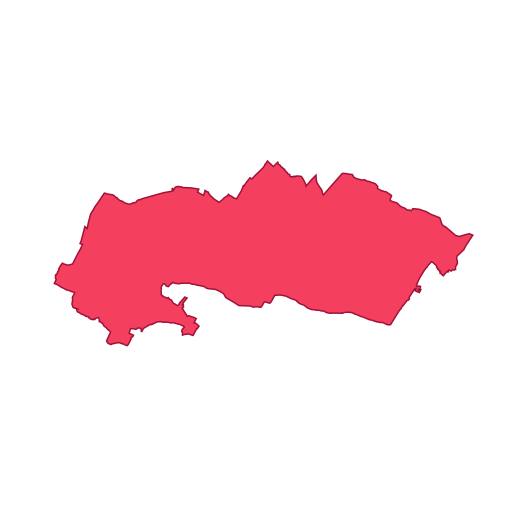 outline of Vultureni, Bacau, Romania, rotated 314°
{"feature_id": "2599482B57556224697015", "entity_name": "Vultureni", "entity_type": "district", "adm_level": 2, "iso_a3": "ROU", "parent_name": "Romania", "parent_adm1": "Bacau", "projection": "natural_earth1", "projection_center": [27.229, 46.411], "detail": "fine", "context": "isolated", "style": "filled", "palette": "rose", "viewbox_px": 512, "rotation_deg": 314, "n_neighbors": 0, "source": "geoboundaries", "source_scale": "gbopen_adm2", "svg_char_len": 6100}
<svg xmlns="http://www.w3.org/2000/svg" viewBox="0 0 512 512"><g transform="rotate(314 256 256)"><path d="M421.6,397.5L420.3,394.1L417.0,391.9L411.6,388.9L410.2,386.9L409.4,385.3L408.7,372.4L407.8,369.7L408.0,368.0L408.4,366.9L410.9,362.3L410.9,360.7L410.1,359.4L409.3,357.0L408.2,354.7L407.5,352.9L406.2,347.8L402.9,340.8L399.0,335.9L396.6,336.3L396.3,336.0L395.6,334.4L394.1,332.8L393.9,330.1L392.4,326.6L392.1,325.3L392.1,320.6L391.8,319.8L390.3,317.2L389.1,313.9L389.5,313.4L393.6,311.6L393.7,311.3L392.6,305.2L391.4,303.3L390.9,302.0L390.3,301.5L390.3,300.8L389.6,299.1L389.0,296.5L390.6,295.2L390.9,291.9L390.5,290.5L389.3,288.3L388.1,285.4L386.9,283.7L386.4,281.3L384.0,279.1L381.4,274.4L380.6,271.4L381.2,270.1L381.5,268.5L379.7,266.4L378.5,264.4L375.9,261.1L375.5,261.1L375.1,260.7L346.6,262.0L347.4,260.0L348.1,259.4L349.1,257.5L350.4,251.3L351.3,248.5L353.1,245.9L355.8,243.0L350.0,242.9L341.0,243.5L342.1,241.9L342.7,240.5L344.1,236.5L344.7,233.4L343.6,231.7L341.9,229.8L341.5,229.8L341.2,229.2L340.2,229.0L339.8,228.6L340.1,228.4L339.7,227.8L339.2,227.9L338.0,227.1L338.2,226.9L336.9,225.4L338.0,223.7L337.2,221.8L337.7,220.4L337.6,219.6L337.8,216.6L338.2,216.3L337.9,216.0L337.9,212.9L337.6,211.7L338.1,210.2L337.5,208.5L338.6,206.5L332.4,206.3L332.3,198.2L330.4,198.7L328.1,198.8L326.9,199.4L323.8,199.8L313.0,199.4L308.6,199.6L308.2,197.4L302.6,197.9L298.2,198.7L297.9,198.0L292.9,200.1L283.7,202.3L282.1,199.3L282.3,198.9L281.9,196.7L281.2,194.7L281.2,193.3L279.7,193.6L275.6,192.7L273.2,192.7L268.9,192.2L268.7,190.5L267.9,186.6L267.8,181.4L267.9,179.6L268.8,177.2L268.3,176.4L267.8,173.8L263.2,176.2L261.3,169.7L264.4,168.4L259.9,162.0L254.5,155.9L254.0,154.4L253.7,154.4L253.0,153.6L253.0,152.9L252.6,152.8L252.1,151.9L251.4,151.7L251.2,151.0L250.2,150.4L249.3,150.2L246.2,151.0L246.8,149.2L246.6,149.0L246.2,149.0L244.2,150.6L237.6,145.7L217.6,134.0L216.3,133.9L215.8,133.0L213.5,132.0L211.2,132.3L209.6,131.4L209.0,130.6L206.6,129.8L205.1,128.8L203.1,124.8L202.5,121.7L201.4,119.7L201.1,117.1L201.4,115.4L200.7,114.3L200.9,112.4L200.6,110.9L200.1,109.8L198.2,107.3L195.9,103.2L183.6,105.4L179.5,105.9L178.1,106.4L171.3,107.9L163.6,112.2L158.5,115.5L158.3,112.5L145.5,119.7L142.7,120.8L143.7,123.2L138.2,125.1L135.6,125.7L122.8,129.6L119.1,127.4L118.6,126.7L116.9,123.6L116.3,121.7L112.7,122.2L110.3,122.9L109.4,123.2L109.1,123.8L106.3,124.5L104.9,125.4L103.9,125.0L102.8,125.1L102.6,125.8L101.2,126.6L100.8,127.1L100.3,128.6L96.2,130.0L97.7,134.1L98.2,137.4L99.3,140.6L99.9,143.2L101.2,145.2L102.5,148.6L103.5,150.2L103.5,151.2L98.7,152.6L97.0,154.6L93.4,157.1L93.2,158.1L92.3,159.1L92.0,160.5L92.8,162.4L93.2,162.5L93.4,163.6L93.9,164.5L93.1,164.1L92.8,164.2L91.8,166.3L92.6,168.3L92.6,169.5L93.2,171.6L93.9,172.8L94.5,175.8L95.3,176.5L95.4,177.2L95.8,177.5L95.7,178.4L95.4,178.7L95.7,179.6L95.7,180.8L96.3,182.1L97.1,182.8L98.1,183.2L97.8,183.8L98.8,184.1L100.0,184.0L102.2,185.3L101.7,187.2L100.6,188.1L100.8,188.4L99.9,189.0L100.6,190.3L100.8,192.8L100.0,195.4L100.4,197.7L100.2,200.2L100.4,204.2L92.1,207.1L90.7,208.0L90.8,208.9L90.4,209.7L90.6,210.8L91.5,213.1L93.3,213.7L93.4,214.0L97.1,216.4L98.9,218.3L99.8,220.7L100.4,221.1L101.0,223.4L101.9,225.5L103.5,225.6L109.3,223.9L109.5,223.5L110.3,223.0L111.4,223.0L112.0,223.4L113.9,222.9L112.3,218.4L116.7,216.2L119.3,219.4L119.4,220.2L120.3,220.8L121.9,220.8L123.7,222.8L123.8,223.7L123.4,224.5L122.1,225.8L122.3,226.3L124.8,225.6L126.5,225.5L133.3,227.5L133.5,227.9L134.5,228.5L134.4,228.7L139.2,230.4L141.2,231.6L142.0,232.8L142.5,232.9L143.0,233.6L143.2,234.4L147.2,238.7L148.9,241.5L149.5,241.7L151.0,243.6L152.8,247.1L154.0,249.0L155.2,252.9L155.0,253.9L152.0,253.9L151.1,254.2L150.1,255.1L150.3,255.6L149.9,256.2L148.0,258.1L149.8,259.0L153.1,261.7L155.1,265.9L162.5,263.9L162.7,264.2L165.9,263.8L165.9,259.9L165.6,258.6L164.9,257.8L169.4,256.5L169.0,254.8L166.3,249.1L165.0,248.7L166.3,242.4L167.3,239.2L169.1,239.3L169.2,238.9L169.4,238.7L169.5,237.8L170.4,237.7L170.6,237.5L170.2,236.8L171.9,236.2L177.9,235.6L177.0,233.3L168.9,233.7L167.2,234.4L165.7,233.8L164.6,228.6L165.5,226.2L165.5,225.6L164.6,223.0L165.0,222.9L165.2,221.8L163.8,221.3L163.3,219.2L162.6,218.3L162.4,216.7L162.6,216.5L162.2,216.0L162.2,215.4L162.7,214.9L162.7,214.3L163.9,213.3L165.2,211.6L166.3,211.0L167.8,209.3L171.5,208.6L172.5,209.3L172.1,212.2L172.9,214.1L173.3,214.3L175.3,214.0L176.7,214.3L177.4,214.0L177.8,214.5L179.4,214.6L180.0,216.6L182.5,219.9L184.6,221.3L190.1,226.8L191.2,229.4L192.9,231.6L194.1,233.8L197.5,239.0L198.0,239.9L198.3,242.2L199.0,243.9L203.8,250.1L205.5,254.7L206.0,256.8L206.3,259.3L205.3,262.3L205.2,263.7L207.1,271.4L208.5,278.2L216.2,286.8L217.1,289.2L220.4,292.2L221.8,294.4L222.6,295.1L224.0,295.1L228.9,293.8L231.6,298.7L233.5,298.8L240.8,296.8L244.9,300.7L247.9,305.3L250.0,311.6L250.7,312.6L251.6,314.9L252.0,316.2L251.8,316.8L251.9,319.7L252.7,322.1L254.0,324.7L254.3,328.4L254.6,329.8L256.4,333.8L257.0,334.1L258.6,336.6L261.0,339.4L261.6,340.8L263.2,342.5L264.4,346.2L266.2,349.0L268.7,351.3L274.8,357.9L275.4,358.3L276.1,358.2L279.3,361.0L281.6,363.9L282.5,365.8L283.0,367.7L284.3,370.3L285.2,373.2L286.3,375.0L288.9,381.7L290.6,384.4L292.2,388.0L294.5,391.6L296.1,393.3L297.9,398.4L300.0,400.5L316.4,397.0L319.0,396.9L322.1,395.9L322.5,396.3L328.7,395.6L329.7,395.8L330.1,396.3L331.6,396.2L332.1,395.6L332.2,395.0L342.6,393.0L343.0,393.1L343.7,393.8L341.6,394.4L342.1,396.4L343.2,398.9L346.3,397.9L345.6,397.3L344.6,397.4L344.1,396.4L345.3,396.1L345.7,396.7L347.5,396.2L348.4,395.4L347.2,393.6L345.8,393.2L345.6,392.4L346.8,391.7L350.5,390.1L354.6,388.8L362.4,387.1L366.0,386.6L366.2,386.9L367.6,386.4L369.6,386.3L373.8,386.2L374.3,388.3L374.3,392.7L374.1,393.3L373.2,393.9L373.2,396.2L372.7,396.2L373.0,398.9L372.4,398.9L372.4,399.9L371.5,400.2L371.8,401.2L371.7,402.5L371.9,404.5L377.3,404.1L377.3,404.6L378.3,405.4L379.3,404.3L379.5,404.3L379.9,404.6L380.6,406.5L380.9,406.9L382.9,407.3L383.8,408.5L384.2,408.6L385.2,408.8L385.5,408.1L387.1,407.0L390.5,406.1L391.6,405.0L393.9,401.8L395.5,400.7L405.2,401.1L408.6,399.9L421.6,397.5Z" fill="#f43f5e" stroke="#9f1239" stroke-width="1.5"/></g></svg>